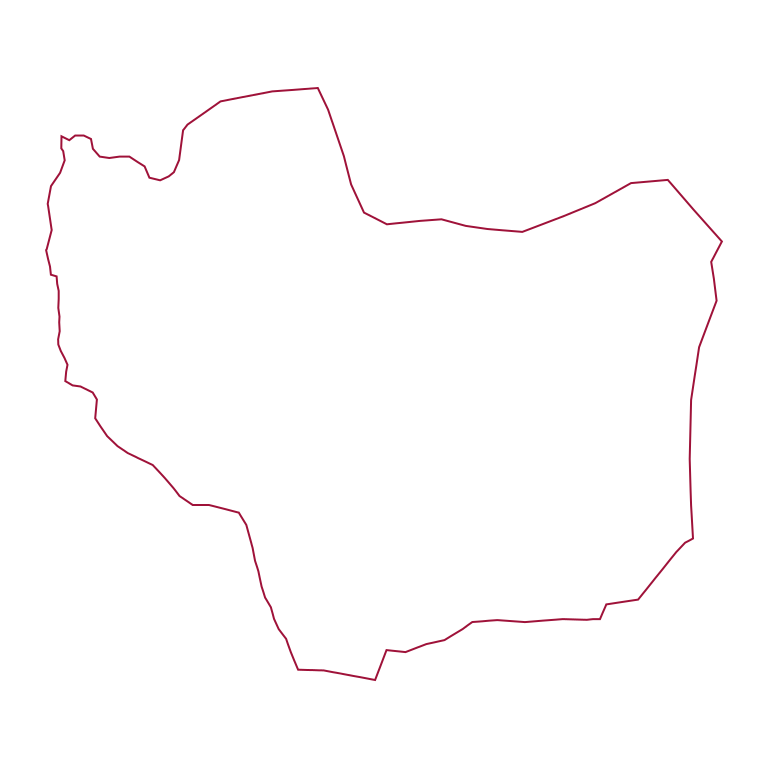 the district of Tolikara, Papua, Indonesia
{"feature_id": "22746128B10432975654062", "entity_name": "Tolikara", "entity_type": "district", "adm_level": 2, "iso_a3": "IDN", "parent_name": "Indonesia", "parent_adm1": "Papua", "projection": "natural_earth1", "projection_center": [138.342, -3.489], "detail": "fine", "context": "isolated", "style": "outline", "palette": "rose", "viewbox_px": 768, "rotation_deg": 0, "n_neighbors": 0, "source": "geoboundaries", "source_scale": "gbopen_adm2", "svg_char_len": 3146}
<svg xmlns="http://www.w3.org/2000/svg" viewBox="0 0 768 768"><path d="M562.8,619.1L582.8,619.7L586.9,619.8L591.3,619.3L593.4,619.1L600.0,619.1L602.5,613.2L605.4,606.6L606.3,604.4L607.7,604.2L618.1,602.6L628.7,601.0L638.1,599.6L642.6,594.0L646.1,589.7L649.6,585.3L655.5,577.9L661.5,570.5L662.4,569.4L668.1,562.2L670.9,558.7L676.4,551.9L677.0,551.3L685.1,542.7L688.6,540.9L693.0,538.5L691.6,514.0L691.1,505.6L690.6,490.8L689.7,459.0L690.8,412.9L691.1,400.0L694.8,375.4L696.4,365.2L699.1,347.2L709.5,319.5L716.6,300.7L716.5,300.0L714.8,286.3L713.9,278.9L711.2,261.9L712.8,258.8L712.9,258.7L716.0,252.7L721.9,241.5L693.5,209.6L671.4,184.0L667.8,179.9L650.6,181.4L631.0,183.1L595.2,203.2L591.8,204.6L564.0,216.0L532.3,228.1L522.3,231.9L518.9,231.6L501.5,230.2L487.4,229.0L465.8,225.9L443.3,219.8L441.5,219.3L419.9,220.9L402.5,222.7L396.3,223.3L386.9,224.3L376.4,218.9L364.0,212.6L355.2,193.4L351.1,184.4L346.1,165.0L343.9,156.2L332.3,122.0L332.2,121.8L328.1,109.7L317.8,88.0L304.8,89.0L293.2,89.9L290.3,90.1L272.2,91.4L266.1,92.6L237.8,98.0L220.5,101.4L211.6,107.7L187.5,124.6L183.8,129.4L183.1,130.2L181.6,141.3L179.1,160.1L176.5,166.1L173.9,172.2L168.7,176.4L160.6,180.1L160.1,180.3L149.4,177.7L146.9,171.8L144.6,166.4L137.9,162.2L131.2,157.8L129.4,156.6L127.0,156.6L119.6,156.6L109.3,158.0L99.7,156.6L92.9,148.8L91.0,139.0L83.7,135.5L75.2,135.5L69.3,140.2L61.5,136.3L61.3,148.4L63.2,151.1L64.6,159.8L64.7,160.3L60.1,172.8L51.0,186.1L47.7,203.9L48.1,205.9L51.4,228.2L51.7,230.0L46.7,249.2L46.1,250.1L48.1,259.1L50.0,266.5L50.3,269.3L50.9,274.7L56.6,276.4L57.2,283.9L58.7,290.9L58.7,298.9L58.3,307.9L59.5,316.6L59.2,322.3L59.7,331.2L58.1,339.5L58.2,340.8L58.3,344.5L60.8,351.0L64.5,358.0L67.5,364.8L66.2,371.5L66.1,372.4L65.3,381.1L72.6,385.4L80.6,386.5L81.5,387.0L92.7,392.5L96.9,399.5L95.2,418.3L100.4,426.3L107.2,436.2L111.5,440.3L117.5,446.1L120.6,448.2L127.8,453.1L136.2,457.1L138.1,458.1L140.5,459.2L146.0,461.8L149.5,463.5L152.7,465.0L160.3,473.1L164.7,477.9L170.3,484.4L173.3,487.9L175.9,491.2L179.5,496.0L192.7,505.0L194.1,505.0L196.8,505.0L205.5,505.0L206.3,505.0L207.6,505.0L208.9,505.0L209.4,505.1L211.4,505.6L213.8,506.2L225.6,509.2L237.4,512.3L238.8,512.6L240.4,515.3L246.3,524.9L251.3,543.1L251.7,544.7L252.6,547.9L253.5,552.7L255.0,560.6L255.2,561.3L257.2,567.4L258.3,571.0L258.4,571.3L259.6,577.2L261.2,584.7L261.5,586.1L261.6,586.6L262.7,589.9L263.5,592.4L264.2,594.7L265.1,597.6L266.1,599.2L270.9,607.3L271.6,609.9L272.7,613.8L274.0,618.8L275.5,622.1L278.7,629.1L282.1,633.6L283.4,635.3L286.1,638.8L287.8,643.8L290.8,652.1L294.1,660.2L298.1,669.7L307.5,670.0L313.1,670.1L318.4,670.3L323.6,670.4L333.0,672.2L336.6,672.8L353.6,676.0L359.9,677.1L367.8,678.6L370.3,679.1L375.1,680.0L378.2,671.9L380.2,666.7L386.5,650.1L387.5,650.2L392.1,650.7L399.9,651.5L405.5,652.1L412.5,649.4L417.9,647.3L419.3,646.8L425.8,644.3L426.3,644.1L433.7,642.5L439.5,641.2L443.6,640.3L444.5,640.1L450.8,636.2L458.1,631.8L462.6,629.1L467.7,625.3L472.2,622.1L472.6,622.0L478.4,621.6L482.3,621.3L488.9,620.7L494.6,620.3L497.3,620.1L518.2,621.6L522.4,621.9L524.9,622.1L543.2,620.6L555.3,619.7L562.8,619.1Z" fill="none" stroke="#9f1239" stroke-width="2"/></svg>